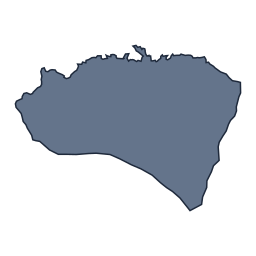 Ora, Larnaca, Cyprus (orthographic projection)
{"feature_id": "46923920B82922996247104", "entity_name": "Ora", "entity_type": "district", "adm_level": 2, "iso_a3": "CYP", "parent_name": "Cyprus", "parent_adm1": "Larnaca", "projection": "orthographic", "projection_center": [33.206, 34.856], "detail": "fine", "context": "isolated", "style": "filled", "palette": "slate", "viewbox_px": 256, "rotation_deg": 0, "n_neighbors": 0, "source": "geoboundaries", "source_scale": "gbopen_adm2", "svg_char_len": 2292}
<svg xmlns="http://www.w3.org/2000/svg" viewBox="0 0 256 256"><path d="M181.0,54.1L180.5,54.6L179.7,55.3L176.6,55.3L173.6,55.6L172.7,54.1L171.3,55.7L170.4,58.1L167.6,59.8L166.2,59.3L166.1,57.4L167.5,55.6L166.0,55.7L163.1,56.3L162.3,54.9L160.8,56.3L160.7,58.4L158.8,59.7L157.2,61.3L156.1,61.7L155.2,60.3L152.6,60.9L151.2,60.8L150.6,56.0L149.1,56.1L149.0,55.4L147.1,56.1L145.8,54.2L145.2,51.8L145.1,50.2L144.7,48.8L142.8,48.3L141.9,49.4L140.2,46.7L137.7,47.3L136.0,45.4L133.0,46.1L135.0,48.1L135.7,49.7L136.3,50.9L137.4,51.5L138.4,52.1L140.3,53.7L143.2,56.1L142.2,57.2L141.0,61.3L138.0,60.4L136.7,61.5L134.9,60.6L133.9,59.9L132.5,59.6L131.3,59.8L130.3,59.6L128.6,61.1L127.0,58.2L128.8,53.7L125.5,54.0L123.4,57.9L123.9,58.5L123.3,58.8L119.2,58.5L117.0,58.4L116.1,57.0L116.2,55.9L114.3,54.7L112.8,54.5L110.9,54.8L110.8,56.6L109.5,56.5L107.4,55.9L106.2,55.3L107.4,58.4L104.8,58.7L102.9,59.3L101.3,58.4L101.1,55.8L97.5,55.8L95.9,57.7L94.2,57.4L91.9,57.7L88.7,59.6L86.1,60.4L85.8,62.8L82.6,62.1L81.7,64.3L77.6,64.1L78.5,66.0L77.9,67.8L76.7,70.3L74.6,71.6L71.1,74.8L70.3,77.0L68.4,78.1L66.3,78.6L63.9,77.3L64.3,76.0L62.4,74.7L58.5,73.1L56.5,72.1L55.2,70.0L52.0,69.7L50.1,70.1L47.9,71.7L45.7,71.3L44.2,67.8L41.9,68.6L40.8,71.7L41.9,76.2L41.2,79.6L41.6,81.3L41.6,84.4L40.5,86.5L37.6,87.8L33.1,92.3L32.6,93.5L30.4,94.4L29.2,93.9L26.7,92.8L23.9,93.5L22.3,96.4L22.0,98.7L20.0,99.5L16.5,101.2L15.4,103.8L16.1,107.4L18.5,110.2L21.2,113.5L22.2,117.1L23.2,121.5L25.9,124.7L27.4,128.3L30.2,132.8L31.7,135.3L32.8,139.8L35.5,140.6L39.8,141.4L49.6,150.0L58.3,154.3L66.6,154.3L76.2,154.5L88.8,153.5L96.2,153.2L110.0,154.5L119.7,158.8L131.2,164.7L141.0,168.9L152.1,175.1L160.6,182.8L163.7,185.3L166.6,187.6L172.4,191.4L179.9,197.9L187.9,207.9L190.0,210.6L201.6,204.4L202.6,197.0L206.7,187.5L206.9,180.8L211.4,171.8L213.5,165.7L219.1,160.4L218.2,146.8L219.2,142.2L222.8,136.1L226.2,131.0L228.5,124.3L230.5,120.4L234.6,116.1L236.5,110.9L236.3,106.9L238.9,96.8L240.6,93.0L240.4,82.4L237.5,81.6L232.4,80.7L229.0,77.6L226.3,74.1L220.5,71.9L215.0,67.9L213.5,66.3L209.8,64.0L208.5,62.2L206.1,62.6L206.0,59.7L205.3,58.3L204.3,56.8L202.1,57.4L199.4,57.8L197.5,57.5L195.8,57.9L193.0,57.9L192.2,56.3L190.7,55.3L188.1,55.1L185.1,55.4L183.6,54.9L181.7,54.4L181.0,54.1Z" fill="#64748b" stroke="#1e293b" stroke-width="1.5"/></svg>